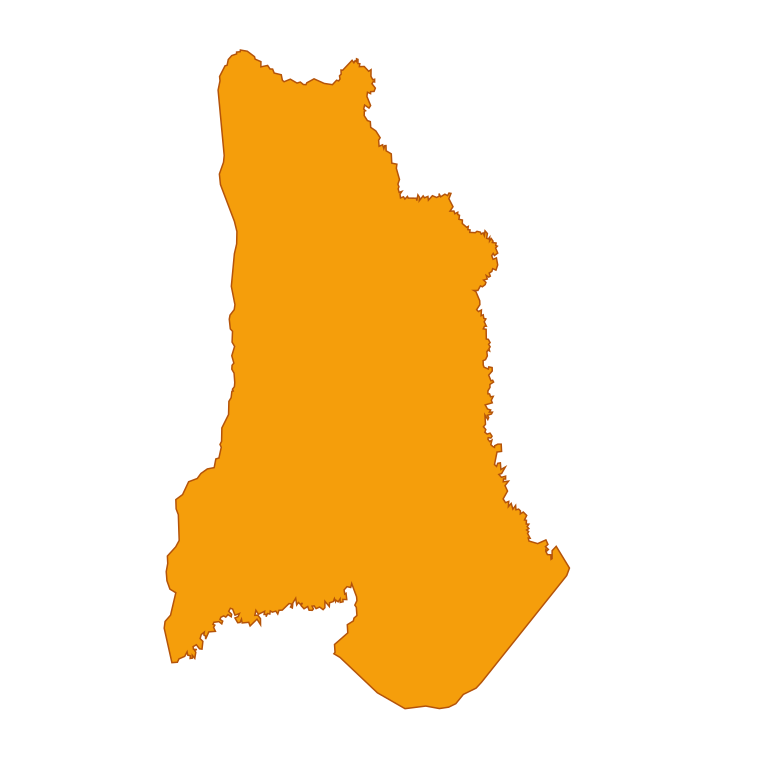 the district of Prathai, Nakhon Ratchasima, Thailand, rotated 5°
{"feature_id": "78962969B10005729924667", "entity_name": "Prathai", "entity_type": "district", "adm_level": 2, "iso_a3": "THA", "parent_name": "Thailand", "parent_adm1": "Nakhon Ratchasima", "projection": "equal_earth", "projection_center": [102.699, 15.58], "detail": "fine", "context": "isolated", "style": "filled", "palette": "amber", "viewbox_px": 768, "rotation_deg": 5, "n_neighbors": 0, "source": "geoboundaries", "source_scale": "gbopen_adm2", "svg_char_len": 6107}
<svg xmlns="http://www.w3.org/2000/svg" viewBox="0 0 768 768"><g transform="rotate(5 384 384)"><path d="M480.5,267.3L479.1,264.3L481.6,262.5L482.2,259.6L485.6,260.8L486.9,255.5L485.0,248.6L481.8,250.3L480.1,246.8L481.4,244.4L482.8,246.4L485.9,243.7L483.3,238.8L484.9,236.8L483.2,236.3L483.4,233.8L479.6,233.6L480.2,232.2L478.2,229.8L476.7,232.4L476.5,228.5L475.4,230.3L473.5,229.9L473.9,225.1L471.3,222.6L471.0,227.5L469.6,224.8L467.8,226.2L466.7,224.3L463.3,223.8L461.7,225.3L456.2,225.5L456.3,223.0L454.1,222.9L454.2,219.7L452.7,220.7L448.0,217.3L447.8,213.8L444.3,213.4L444.5,209.4L442.6,208.7L442.5,206.5L439.7,208.2L438.6,205.6L434.7,206.0L437.3,201.4L432.5,193.8L434.1,188.3L432.1,188.1L430.9,190.8L428.1,189.6L424.1,192.6L422.2,189.5L422.7,192.0L420.2,193.6L415.8,192.2L412.2,197.0L411.4,193.3L408.1,195.0L406.6,193.2L403.2,198.3L403.2,195.1L401.3,192.7L400.7,198.5L400.1,196.1L391.9,196.7L391.0,195.1L388.7,197.9L387.1,195.8L384.2,197.2L383.4,193.5L385.0,190.6L382.4,191.8L381.1,188.4L381.7,186.2L380.4,183.7L381.6,178.9L377.5,168.1L377.7,163.9L372.5,163.3L371.2,154.1L365.8,151.5L365.2,146.3L364.0,146.5L363.3,149.5L361.8,145.8L358.4,147.6L357.4,141.6L358.7,139.0L353.8,132.6L348.4,129.5L347.5,123.8L344.5,123.0L340.9,118.4L340.6,114.0L341.8,113.4L339.8,111.9L340.4,107.8L345.0,110.4L346.4,107.8L341.9,99.0L342.1,94.8L345.3,95.9L345.2,93.9L348.6,93.4L349.6,90.0L345.8,85.9L347.1,83.5L348.3,83.9L348.1,81.2L346.2,81.8L344.2,78.6L343.7,72.0L341.5,73.8L336.6,69.4L331.8,70.0L332.0,67.0L330.1,67.0L329.8,62.9L328.3,62.4L328.3,65.2L327.0,64.5L326.0,66.6L324.0,64.3L315.5,75.0L313.8,75.0L314.3,79.1L312.8,80.9L313.6,84.0L312.4,86.0L310.3,85.5L306.5,90.3L298.3,89.8L287.7,86.1L280.8,90.7L280.2,92.6L277.6,92.7L274.3,90.5L271.1,91.8L264.1,88.5L258.1,91.6L256.3,90.3L254.7,84.9L247.5,83.8L245.6,80.0L243.0,80.1L240.3,76.8L233.7,78.8L233.3,73.6L227.3,71.6L226.5,69.2L218.8,64.4L211.8,63.8L211.8,65.5L208.2,66.2L208.4,68.0L203.7,70.1L200.6,74.3L199.9,80.1L197.9,80.9L193.4,92.0L194.2,96.3L193.1,105.7L204.9,170.4L204.8,177.1L201.7,189.2L203.7,199.6L220.8,235.0L224.2,245.0L225.0,257.3L223.6,267.3L223.4,300.0L228.6,318.0L228.3,323.0L224.6,328.8L224.2,332.9L226.1,342.5L228.5,344.7L229.0,355.5L231.9,359.6L229.9,369.1L232.6,376.3L231.0,378.6L231.1,382.5L233.7,386.3L235.2,395.6L235.2,399.7L233.5,402.4L234.4,404.1L233.1,404.5L232.9,410.9L231.0,414.8L231.8,428.0L226.3,441.9L227.2,455.3L225.9,458.5L227.4,461.2L226.0,472.1L223.0,473.3L222.1,482.1L215.4,484.0L209.4,489.1L206.2,494.4L197.9,498.4L193.0,511.7L186.7,517.3L187.8,526.5L190.5,532.1L193.6,557.7L190.7,564.4L183.2,574.3L184.2,581.6L183.4,589.9L184.9,598.9L188.6,607.0L194.8,610.1L191.5,632.9L186.6,639.6L186.3,646.4L197.0,680.1L202.4,679.2L203.7,675.7L209.2,672.7L211.2,668.0L212.1,671.2L214.8,671.6L214.8,674.3L217.0,673.8L216.7,671.0L219.4,673.8L219.9,667.7L218.6,665.9L220.7,664.8L217.3,664.9L216.7,662.3L219.8,660.1L223.3,663.9L225.8,664.0L226.0,656.2L223.0,653.7L223.8,649.5L226.6,646.8L226.4,649.7L228.2,650.7L228.5,653.7L231.1,646.2L237.6,645.1L235.4,641.2L236.5,639.0L234.6,638.3L235.3,636.2L240.3,635.1L243.3,637.1L244.0,634.3L241.1,632.8L241.8,630.6L244.5,629.0L246.7,630.0L248.7,627.3L252.1,629.2L252.3,626.7L249.1,624.0L250.5,620.8L252.8,621.4L255.7,627.3L260.0,625.2L258.9,628.5L255.9,630.1L259.1,634.6L261.4,634.1L262.5,630.7L263.5,634.4L270.0,633.2L271.7,636.7L278.0,629.3L282.0,634.6L281.4,628.5L278.4,625.3L275.5,625.7L276.1,620.6L279.0,624.3L284.9,620.8L284.6,624.0L286.9,623.8L286.8,626.1L288.0,622.8L290.3,623.1L290.5,620.0L292.6,621.0L296.0,619.7L298.2,622.4L299.1,618.6L302.4,618.1L308.5,611.0L311.6,611.3L310.3,614.3L312.2,615.1L312.3,610.1L314.7,605.1L316.3,611.7L317.8,609.1L319.9,610.8L321.8,609.2L320.7,612.0L323.9,614.9L327.4,612.3L329.1,615.9L332.3,615.7L333.3,614.2L331.7,611.6L333.7,611.1L335.9,613.7L339.3,611.8L343.0,614.1L344.6,612.0L344.1,605.6L348.9,610.4L348.8,606.7L352.5,605.1L353.3,602.1L354.7,605.1L355.1,603.6L357.3,605.0L359.0,601.9L359.4,605.4L362.2,604.5L361.8,602.2L365.7,602.0L364.4,595.8L363.2,596.7L362.2,592.6L364.8,589.1L368.6,589.6L369.2,585.6L375.2,598.3L375.9,602.2L374.2,606.8L375.9,608.9L377.2,617.0L374.5,619.8L374.1,622.7L368.4,627.0L369.6,635.1L357.4,647.8L358.6,655.6L357.6,657.1L364.0,660.2L404.3,692.2L433.2,705.6L453.7,701.2L467.5,702.5L476.6,700.3L483.4,696.2L490.1,686.3L502.3,678.9L507.0,672.8L582.7,558.9L584.8,551.2L569.7,530.7L566.0,535.4L566.7,543.3L565.7,544.1L565.1,539.6L561.7,539.7L559.7,536.6L559.7,535.0L560.9,536.0L562.2,534.5L559.0,532.0L561.3,529.5L558.9,525.2L551.0,529.6L542.1,527.8L541.1,524.9L543.0,524.9L540.0,520.3L541.0,518.4L538.8,517.0L540.9,515.4L539.0,513.6L540.5,511.0L537.9,511.1L537.8,507.4L535.8,507.2L537.6,502.5L533.9,499.4L531.1,501.5L531.0,498.6L529.0,496.9L526.4,497.8L525.7,493.5L523.3,497.4L521.1,491.9L518.6,495.3L518.5,490.1L515.4,491.6L512.7,488.1L516.4,479.9L513.4,474.7L516.5,469.9L511.3,471.0L511.3,468.2L513.4,468.1L513.2,465.2L509.1,466.7L506.3,464.1L509.0,462.9L512.1,456.1L507.9,459.0L506.8,452.4L504.2,453.1L503.3,456.3L501.1,454.6L502.5,441.9L507.0,440.9L506.0,433.7L502.6,434.0L499.7,435.8L499.6,437.5L497.7,436.7L495.7,435.1L496.4,430.5L494.3,432.1L492.3,430.0L492.5,428.4L495.2,428.5L496.2,426.6L493.9,423.7L491.1,424.9L488.7,423.3L489.4,420.5L486.8,418.0L488.6,415.3L487.3,406.2L490.5,410.4L491.2,408.3L489.7,406.2L493.7,404.5L494.5,402.6L491.4,402.8L492.5,400.6L489.3,399.9L486.6,396.0L493.5,393.3L492.3,390.8L493.9,386.8L491.3,387.4L490.0,384.7L488.4,384.7L488.1,381.8L489.9,378.1L489.5,375.2L493.0,372.5L491.9,370.8L490.3,371.5L487.5,366.0L490.7,361.6L490.3,358.2L486.9,357.8L486.6,360.0L482.2,358.5L481.2,356.4L480.7,352.1L483.0,350.9L484.5,347.0L483.6,342.9L484.6,341.2L486.3,341.9L485.5,339.6L486.5,337.7L484.7,335.3L486.1,333.5L484.0,330.4L482.0,330.3L481.0,320.6L478.1,320.4L479.1,317.7L480.9,317.5L478.4,313.3L479.8,310.3L477.7,309.9L476.8,306.4L474.8,307.5L474.6,301.8L471.8,303.6L469.8,301.9L472.6,296.6L472.1,292.7L467.5,284.0L465.4,283.0L469.4,282.6L471.5,277.9L473.5,278.6L476.1,276.2L476.7,273.9L474.1,271.8L477.7,270.4L476.4,267.0L479.0,268.4L480.5,267.3Z" fill="#f59e0b" stroke="#b45309" stroke-width="1.5"/></g></svg>